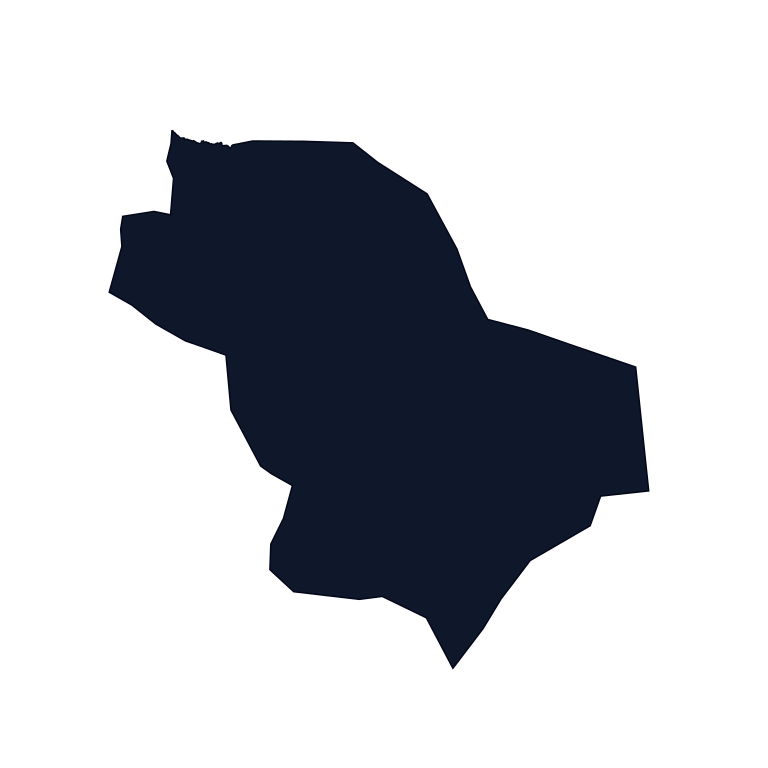 Batcengel, Arhangay, Mongolia, rotated 78°
{"feature_id": "93677404B51676367507043", "entity_name": "Batcengel", "entity_type": "district", "adm_level": 2, "iso_a3": "MNG", "parent_name": "Mongolia", "parent_adm1": "Arhangay", "projection": "equal_earth", "projection_center": [101.548, 47.88], "detail": "fine", "context": "isolated", "style": "filled", "palette": "ink", "viewbox_px": 768, "rotation_deg": 78, "n_neighbors": 0, "source": "geoboundaries", "source_scale": "gbopen_adm2", "svg_char_len": 1933}
<svg xmlns="http://www.w3.org/2000/svg" viewBox="0 0 768 768"><g transform="rotate(78 384 384)"><path d="M543.6,147.3L514.8,144.3L419.8,134.3L381.7,197.8L361.5,231.2L361.4,231.3L342.4,269.1L307.0,279.2L267.2,284.6L207.0,302.3L165.9,344.1L141.7,364.2L141.6,364.5L129.4,414.2L129.4,414.5L119.0,461.9L118.7,481.9L119.3,483.4L120.7,484.2L121.0,484.8L121.3,485.5L120.8,485.9L119.4,486.6L117.9,488.1L117.7,490.0L117.3,492.4L116.7,492.8L116.1,492.8L115.4,493.0L115.1,492.7L114.3,492.8L114.0,493.0L113.9,493.3L113.8,493.8L114.1,494.1L114.6,495.4L114.2,495.9L114.0,496.2L113.7,496.7L113.8,497.3L113.8,498.1L114.3,499.0L114.1,501.2L113.7,502.1L113.5,502.4L113.1,503.0L113.1,503.6L112.9,504.3L112.7,504.7L111.6,505.2L111.2,506.5L110.3,507.4L110.2,508.9L109.9,509.5L109.5,510.1L108.7,510.1L108.7,510.6L108.8,511.3L108.6,511.9L110.6,513.0L110.6,514.3L109.8,515.4L109.3,516.7L106.4,519.6L106.4,520.2L106.6,520.7L106.4,521.3L106.1,521.6L106.0,521.8L105.8,522.0L105.6,522.3L105.5,522.5L105.3,522.9L105.2,523.1L105.1,523.3L104.9,523.8L104.7,524.2L104.4,524.4L104.3,524.6L103.9,525.0L103.8,525.4L103.8,525.8L103.7,526.1L103.6,526.4L103.5,526.9L103.4,527.2L103.3,527.3L103.2,527.5L102.9,527.9L102.6,528.4L102.2,528.4L101.8,528.4L101.6,529.0L101.6,530.2L101.3,531.1L100.8,532.2L100.3,532.8L99.2,533.3L98.3,533.9L97.7,534.6L96.8,535.3L96.1,535.7L95.3,536.1L94.8,536.4L94.6,536.6L94.1,537.2L93.6,537.7L92.7,537.7L92.5,538.4L91.6,538.6L103.8,542.1L104.0,542.1L120.8,550.1L139.0,547.1L174.1,557.6L167.4,573.1L165.7,604.7L177.8,609.4L195.0,611.8L237.1,633.7L254.3,614.3L277.5,595.1L277.9,594.8L300.6,569.2L308.4,556.2L322.9,532.6L377.6,539.1L438.6,521.7L448.5,512.7L464.3,494.7L494.6,510.3L517.0,528.0L541.9,534.2L568.4,515.5L589.5,452.9L591.4,430.1L591.4,429.9L621.5,391.2L676.4,375.7L643.9,338.0L643.6,337.7L620.1,315.6L618.9,314.6L604.2,297.5L587.1,277.8L565.5,211.8L538.7,195.4L543.6,147.3Z" fill="#0f172a" stroke="#020617" stroke-width="1.5"/></g></svg>